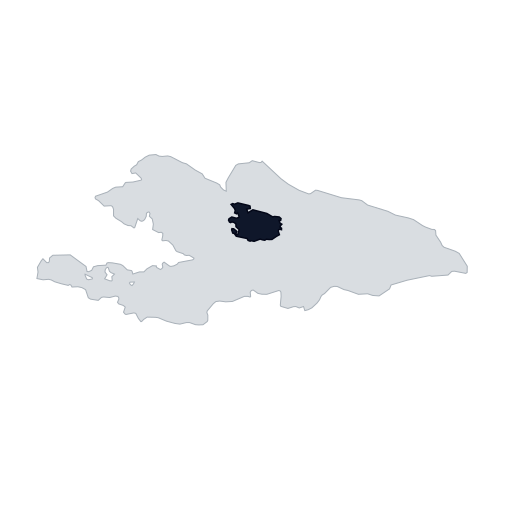 location of Jumgal, Naryn, Kyrgyzstan, rotated 15°
{"feature_id": "92254566B27312472706206", "entity_name": "Jumgal", "entity_type": "district", "adm_level": 2, "iso_a3": "KGZ", "parent_name": "Kyrgyzstan", "parent_adm1": "Naryn", "projection": "robinson", "projection_center": [74.373, 41.867], "detail": "fine", "context": "in_parent", "style": "filled", "palette": "ink", "viewbox_px": 512, "rotation_deg": 15, "n_neighbors": 0, "source": "geoboundaries", "source_scale": "gbopen_adm2", "svg_char_len": 4641}
<svg xmlns="http://www.w3.org/2000/svg" viewBox="0 0 512 512"><g transform="rotate(15 256 256)"><path d="M113.9,301.3L115.1,300.6L119.1,299.8L127.1,299.1L129.8,299.7L135.2,302.7L139.4,302.3L140.2,302.8L141.7,305.3L147.6,301.5L151.8,300.4L154.0,296.6L158.5,292.1L162.4,291.4L162.4,292.1L163.1,292.8L167.1,293.8L168.3,292.6L168.9,291.0L167.6,288.4L167.6,287.3L168.8,285.7L175.1,288.1L176.5,288.1L179.3,286.7L182.0,284.3L182.9,282.3L195.8,276.1L196.7,274.9L196.6,274.1L191.2,272.6L188.8,273.5L186.5,273.5L185.2,272.6L178.6,272.2L177.2,271.6L172.9,267.0L167.6,264.2L165.0,264.3L161.9,265.5L160.9,265.0L160.7,260.7L160.1,258.2L158.3,257.6L155.9,258.6L149.3,257.2L148.6,251.8L146.2,247.1L142.7,245.2L142.6,242.4L141.4,241.2L140.4,241.5L139.1,243.0L139.7,246.1L139.1,249.2L138.3,250.8L136.8,252.0L135.1,252.0L132.1,250.4L131.5,259.9L130.9,260.5L127.4,259.1L124.5,259.7L120.3,259.1L117.1,257.6L110.9,255.8L108.0,254.1L106.3,247.7L104.6,245.4L103.0,244.9L96.4,247.1L89.6,243.3L86.2,242.4L85.4,241.3L85.5,239.8L96.0,232.7L100.1,227.8L102.7,225.8L109.3,223.6L110.8,219.1L111.3,218.6L118.0,216.4L125.4,212.5L125.6,211.4L124.8,210.5L118.3,206.9L114.9,208.5L112.9,206.5L112.9,204.3L115.2,200.7L117.1,198.8L117.9,195.3L120.6,192.9L123.4,189.2L126.8,186.2L133.1,183.9L136.5,184.6L139.7,184.1L144.8,182.2L147.9,182.1L160.7,184.9L165.0,185.0L175.0,188.7L182.8,190.6L186.6,194.1L199.2,195.7L202.6,196.7L203.9,198.5L207.5,200.6L210.5,201.1L207.9,192.6L209.0,187.6L213.0,173.7L215.1,171.6L225.3,167.7L227.7,164.9L235.0,164.9L236.6,164.4L237.4,162.8L260.1,174.9L268.7,178.3L280.7,181.4L290.8,182.4L292.5,181.7L296.5,177.0L298.4,176.7L323.4,177.6L341.3,175.1L343.9,175.2L350.6,177.9L371.8,178.7L380.1,180.4L393.3,179.8L398.8,180.1L408.9,183.5L412.4,184.2L419.0,184.8L421.5,184.2L422.9,185.0L424.4,189.3L430.7,194.8L433.1,197.7L435.4,198.9L447.2,199.8L451.6,200.9L462.7,211.2L464.2,217.3L463.1,218.5L451.6,219.3L449.1,220.2L446.4,224.7L431.0,230.1L428.7,230.0L408.2,240.3L394.0,249.0L393.5,253.2L385.2,262.7L378.9,263.9L373.6,263.6L364.8,266.5L353.6,265.5L349.7,265.7L342.3,264.4L339.3,265.1L336.2,267.0L331.9,274.6L330.1,276.4L329.3,278.1L328.7,281.8L327.1,285.7L323.4,291.6L320.3,294.4L317.3,296.1L315.0,292.5L311.2,295.0L307.6,294.5L305.4,295.2L300.4,298.4L293.0,298.2L292.2,297.2L290.7,288.5L289.4,284.4L288.3,283.5L287.0,283.4L276.4,290.2L271.5,291.4L267.5,291.6L262.2,289.6L261.0,290.1L260.1,291.2L259.8,292.6L261.3,296.4L260.9,297.2L258.5,297.1L255.2,298.0L245.0,306.0L238.6,308.1L232.6,308.9L229.0,310.4L227.0,313.3L223.1,321.7L223.2,323.4L224.8,325.6L226.1,330.7L225.8,332.0L222.6,336.1L218.5,337.4L215.3,338.0L209.1,337.5L206.0,338.3L200.1,341.5L195.3,342.1L186.3,342.1L177.4,340.9L174.5,341.3L166.7,343.2L164.0,346.2L162.5,348.9L161.8,349.2L158.6,346.8L154.7,342.5L152.7,342.6L145.6,346.1L144.6,346.0L142.6,344.6L142.9,339.2L140.6,338.1L135.8,337.8L134.2,336.6L134.7,333.1L134.2,331.8L133.0,330.8L130.5,331.1L125.4,334.0L119.5,335.0L117.5,335.9L115.1,339.7L107.3,340.5L104.8,339.7L100.1,332.6L96.0,331.6L91.9,331.8L86.3,333.6L84.9,332.1L83.5,331.7L82.2,333.0L75.3,333.2L68.3,333.0L64.3,332.1L61.7,332.2L56.5,334.1L50.2,334.5L49.6,327.9L47.8,323.5L49.8,316.2L50.9,313.8L55.6,316.6L57.3,316.1L57.8,314.7L57.1,311.4L59.5,307.9L76.2,303.0L94.5,310.1L96.8,314.7L98.4,314.5L101.0,312.4L101.8,308.5L105.5,306.3L113.4,303.7L113.9,301.3ZM123.1,317.4L123.4,316.7L122.1,313.3L124.0,310.1L120.3,309.6L118.4,308.7L116.3,305.5L115.6,305.3L114.5,306.2L113.9,308.3L114.3,310.6L117.0,312.7L115.7,317.2L121.2,317.8L123.1,317.4ZM103.8,320.5L103.7,319.5L102.4,319.1L95.6,317.8L95.8,318.7L98.4,322.1L100.4,322.3L103.8,320.5ZM144.9,314.7L145.3,312.6L141.2,313.8L140.7,314.9L142.1,316.2L143.9,316.7L144.9,314.7Z" fill="#d9dde1" stroke="#a8b0b8" stroke-width="1"/><path d="M222.5,224.6L220.3,227.0L220.2,228.5L221.6,230.1L222.9,230.3L223.8,229.3L226.3,229.3L228.3,230.3L229.1,232.9L232.9,234.8L232.9,239.6L231.8,240.2L230.4,239.2L231.0,238.4L231.1,237.2L227.4,235.5L225.7,235.8L225.7,237.0L227.6,239.9L229.2,239.9L231.8,242.0L242.9,241.4L244.3,243.0L246.5,243.2L247.2,242.5L250.4,242.3L255.6,238.6L258.3,238.7L260.4,238.5L261.7,237.1L264.3,236.7L267.1,235.9L270.7,231.7L273.1,229.4L271.0,226.2L271.0,224.7L272.0,224.0L273.8,224.0L273.5,222.6L271.7,221.8L271.7,220.6L272.7,218.6L270.6,218.0L269.1,215.7L270.6,215.2L270.5,213.4L268.3,212.3L263.7,213.0L262.0,213.9L255.5,212.1L241.0,212.2L237.1,216.3L234.9,213.2L238.2,211.6L237.3,209.3L235.7,209.1L224.7,209.4L221.9,211.5L219.9,211.4L218.6,212.6L223.1,215.8L224.2,217.5L224.2,219.9L226.3,220.3L227.1,219.0L229.7,222.6L227.9,224.4L227.5,224.4L227.0,224.6L222.5,224.6Z" fill="#0f172a" stroke="#020617" stroke-width="1.5"/></g></svg>